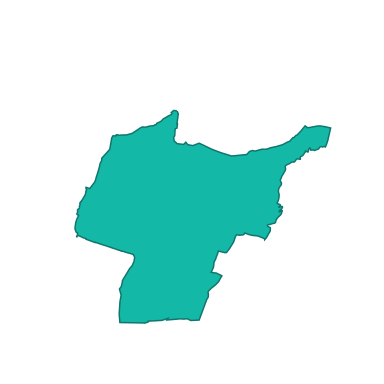 outline of Steenwijkerland, Overijssel, Netherlands, rotated 135°
{"feature_id": "6326949B44808907248526", "entity_name": "Steenwijkerland", "entity_type": "district", "adm_level": 2, "iso_a3": "NLD", "parent_name": "Netherlands", "parent_adm1": "Overijssel", "projection": "robinson", "projection_center": [6.02, 52.748], "detail": "fine", "context": "isolated", "style": "filled", "palette": "teal", "viewbox_px": 384, "rotation_deg": 135, "n_neighbors": 0, "source": "geoboundaries", "source_scale": "gbopen_adm2", "svg_char_len": 5924}
<svg xmlns="http://www.w3.org/2000/svg" viewBox="0 0 384 384"><g transform="rotate(135 192 192)"><path d="M66.0,129.6L64.2,130.1L59.2,132.6L57.9,133.5L55.3,135.1L48.7,139.2L51.6,143.9L54.5,147.9L56.3,149.7L64.0,155.0L65.2,156.2L64.9,156.8L65.3,158.8L71.9,158.1L77.6,158.0L78.4,158.5L81.4,158.4L82.1,158.7L82.1,159.0L82.4,159.0L82.7,159.1L87.1,158.8L89.0,159.7L94.5,161.4L100.5,164.7L105.4,167.9L108.2,169.1L110.4,170.8L112.1,172.7L118.6,176.4L119.8,178.5L122.6,180.0L126.8,179.8L138.5,189.4L143.8,199.4L147.6,207.8L152.1,220.6L152.5,221.5L158.6,224.2L161.5,228.4L161.2,231.6L164.2,231.5L168.3,236.6L168.5,240.7L166.3,243.6L164.4,244.0L159.7,248.2L158.9,248.5L157.5,247.8L155.6,249.2L154.1,250.5L154.5,250.8L146.4,257.0L145.6,259.0L145.8,260.8L147.3,262.6L150.5,262.9L150.8,261.5L151.9,261.4L154.8,262.4L160.6,264.0L163.6,263.9L166.2,264.6L167.0,265.1L168.3,265.4L169.7,265.0L170.4,265.6L172.5,266.2L175.1,268.4L176.6,269.3L178.6,270.4L179.2,270.9L180.8,272.8L181.8,273.4L182.6,273.7L192.7,275.7L198.0,278.7L201.3,281.9L203.6,283.8L204.2,285.2L205.3,286.0L205.8,285.4L206.2,285.6L206.4,285.7L207.2,286.6L208.0,287.6L210.5,287.0L220.0,280.3L231.8,279.7L234.1,277.8L235.4,277.7L236.4,277.3L238.3,276.2L238.5,276.0L239.7,275.3L241.5,274.2L242.8,273.5L244.8,272.4L245.5,272.1L247.2,271.1L248.8,270.4L251.5,268.8L253.5,267.9L261.8,266.7L263.6,270.2L264.4,269.5L264.3,269.3L265.3,267.8L265.6,268.0L267.0,267.2L268.0,266.4L268.9,265.8L269.7,265.5L270.8,265.2L274.6,264.2L276.2,263.9L277.5,263.8L277.4,263.5L278.3,263.6L279.0,263.5L279.5,263.2L279.6,262.7L279.9,262.3L281.1,261.9L281.4,261.8L281.7,261.5L282.1,261.0L282.5,260.5L283.0,260.2L283.5,260.1L284.9,260.4L285.5,260.3L285.8,260.2L286.0,259.9L286.8,258.8L287.2,258.6L288.6,258.1L289.0,257.9L289.1,257.6L289.1,257.1L289.1,256.8L288.6,255.9L288.7,255.7L288.9,255.5L289.9,255.1L291.2,254.7L293.0,254.1L295.8,252.6L298.9,250.3L299.5,249.7L300.2,249.3L300.4,249.1L300.7,248.7L301.5,247.4L301.8,246.5L302.3,245.5L302.2,244.6L302.0,243.8L302.1,243.6L302.4,243.3L303.2,242.8L304.5,242.3L305.2,242.0L305.1,241.7L303.6,242.2L302.6,240.3L301.5,237.2L301.0,236.0L300.8,235.8L300.6,235.6L300.5,235.4L300.5,235.1L299.9,233.7L300.3,233.5L299.8,232.4L297.8,228.1L296.2,224.7L295.9,224.8L295.2,223.3L293.9,220.6L293.1,219.1L292.6,218.0L292.0,217.0L284.0,200.9L284.0,200.6L283.5,199.7L283.3,199.6L282.8,199.0L281.6,196.5L277.9,189.9L278.0,189.8L278.0,189.7L277.8,189.2L278.1,187.8L278.9,186.2L280.7,184.9L282.1,183.9L282.4,183.8L286.5,182.2L288.3,182.1L289.0,182.0L290.3,181.9L290.9,181.8L294.2,180.9L297.7,180.1L299.3,179.6L299.5,179.6L299.9,179.5L301.0,179.3L303.6,178.6L304.0,178.4L304.9,177.7L305.7,177.1L306.3,176.7L308.7,175.2L311.9,174.7L315.1,169.1L320.2,165.6L329.7,157.3L335.3,150.7L319.2,134.0L318.0,132.6L314.6,131.0L314.3,131.2L314.1,131.5L304.2,122.6L298.3,119.6L300.2,119.2L294.4,114.3L293.7,113.7L289.5,110.2L289.2,109.7L288.5,108.8L287.6,107.9L284.9,105.6L283.8,102.1L277.5,96.4L258.2,105.3L257.4,105.6L254.7,106.3L252.8,108.0L252.1,108.8L252.1,109.3L251.6,109.7L251.1,110.0L250.2,110.3L246.4,110.3L245.1,110.2L241.1,109.7L236.4,109.8L232.7,111.0L230.2,111.5L230.6,113.3L230.9,114.1L231.4,115.2L231.9,116.8L231.9,117.1L232.4,117.8L235.3,121.6L231.9,122.9L230.4,123.4L228.4,124.8L228.1,125.1L226.2,126.6L224.6,127.3L223.8,127.5L222.6,127.9L220.7,128.9L217.6,130.2L215.1,131.6L211.8,126.1L211.4,125.6L210.4,124.8L205.3,125.5L198.4,127.1L197.5,127.4L196.8,127.8L192.4,129.9L191.8,130.1L191.0,130.1L190.6,130.2L190.5,129.9L189.0,127.9L188.2,127.2L187.2,126.5L187.1,126.4L186.7,125.9L186.4,125.7L186.0,125.5L185.3,125.3L183.6,125.6L182.0,121.9L180.2,119.1L180.2,118.9L178.6,116.9L177.2,115.3L177.0,115.0L176.6,114.3L176.5,114.2L176.3,113.9L175.0,110.9L174.1,108.6L174.1,108.3L173.7,107.4L174.2,106.9L171.9,107.0L167.7,108.2L165.6,108.7L164.8,108.9L164.0,109.3L163.3,109.9L162.6,110.6L162.1,111.1L161.9,111.4L161.9,111.8L162.0,112.1L162.6,113.6L162.7,114.1L162.6,114.5L162.4,115.0L161.9,115.2L161.5,115.2L161.1,115.1L160.3,114.2L160.0,114.0L157.4,112.7L156.7,112.3L155.7,111.6L155.0,111.4L154.5,111.5L154.2,111.6L152.9,112.4L152.1,112.8L151.2,113.0L150.1,113.2L149.1,113.3L147.4,113.2L145.6,113.2L144.9,113.3L143.9,113.6L142.8,114.2L141.8,114.7L141.6,114.8L141.4,115.1L141.5,115.3L141.8,115.6L142.1,115.6L143.4,115.7L143.7,115.8L144.2,116.1L144.2,116.4L144.0,116.8L143.7,116.9L143.2,117.0L141.5,116.7L140.6,116.7L139.3,117.0L138.9,117.1L138.7,117.4L138.6,117.8L138.6,118.1L138.6,118.3L138.9,118.5L139.6,118.9L140.9,119.3L141.1,119.4L141.2,119.6L141.2,119.8L141.0,120.0L139.4,119.9L139.0,120.1L138.7,120.4L138.7,120.6L138.7,120.9L138.8,121.3L139.8,123.5L139.8,123.8L139.6,124.0L139.1,124.2L137.8,124.6L136.3,125.4L135.1,126.1L133.2,127.6L132.7,128.0L132.2,128.6L131.8,129.1L131.4,130.0L130.6,131.2L129.6,132.1L129.2,132.4L128.2,133.0L126.8,133.5L125.9,133.7L124.2,133.9L123.4,134.2L123.1,134.5L122.8,134.7L122.4,135.1L122.1,135.8L121.9,136.5L121.6,137.5L121.4,137.8L121.1,138.1L119.2,138.7L118.0,139.4L117.5,139.6L114.5,140.3L113.6,140.6L111.5,141.1L110.3,141.6L109.8,141.8L109.5,142.1L108.5,143.6L108.3,143.9L107.8,144.3L107.3,144.4L106.7,144.4L105.9,144.3L103.3,143.2L101.5,142.9L100.5,142.6L99.8,142.3L99.1,141.4L98.7,141.1L98.4,140.9L97.9,140.8L95.7,141.2L94.1,141.0L93.8,140.8L93.5,140.5L93.0,139.4L92.6,138.8L92.3,138.6L92.1,138.6L91.9,138.7L91.2,139.9L91.0,140.1L90.6,140.1L90.1,140.1L88.3,139.6L87.5,139.5L86.7,139.6L84.6,140.1L83.2,140.2L83.0,140.3L82.8,140.6L81.8,138.3L81.5,138.3L80.7,138.7L80.5,138.8L79.9,139.4L79.4,139.7L78.4,139.9L77.8,139.9L77.6,139.8L77.5,139.6L77.4,139.5L77.4,139.4L77.7,138.9L78.4,138.0L78.5,137.8L78.4,137.7L78.0,137.2L76.8,136.3L76.6,136.0L76.5,135.7L76.4,135.4L76.1,134.9L75.8,134.6L75.3,134.4L73.9,133.9L72.8,133.2L72.3,133.0L71.9,133.0L70.7,133.2L69.7,133.3L69.2,133.2L68.9,133.0L68.5,132.6L68.0,131.7L67.8,131.4L66.6,130.9L66.3,130.6L66.1,130.3L66.1,130.2L66.1,129.8L66.0,129.6Z" fill="#14b8a6" stroke="#0f766e" stroke-width="1.5"/></g></svg>